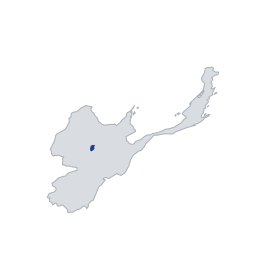 Ban Khwao, Chaiyaphum, Thailand (highlighted), rotated 236°
{"feature_id": "78962969B12995220204726", "entity_name": "Ban Khwao", "entity_type": "district", "adm_level": 2, "iso_a3": "THA", "parent_name": "Thailand", "parent_adm1": "Chaiyaphum", "projection": "equal_earth", "projection_center": [101.855, 15.816], "detail": "fine", "context": "in_parent", "style": "filled", "palette": "blue", "viewbox_px": 256, "rotation_deg": 236, "n_neighbors": 0, "source": "geoboundaries", "source_scale": "gbopen_adm2", "svg_char_len": 4738}
<svg xmlns="http://www.w3.org/2000/svg" viewBox="0 0 256 256"><g transform="rotate(236 128 128)"><path d="M113.3,23.2L113.5,24.2L114.3,22.9L115.4,22.2L117.5,25.2L117.7,26.4L116.2,31.1L116.4,32.7L117.4,34.0L118.6,34.8L119.8,34.5L122.2,33.2L124.8,34.1L124.6,37.2L125.5,42.2L124.2,47.2L123.0,49.7L123.9,52.0L124.0,54.0L121.5,61.9L122.0,62.6L123.6,63.4L124.2,63.2L126.9,60.0L129.8,57.6L130.7,55.6L132.5,54.9L134.1,53.0L137.9,56.2L138.9,56.5L139.4,57.1L139.6,58.4L140.1,58.6L141.6,56.8L144.2,55.6L145.2,52.9L146.4,52.1L146.3,50.7L146.7,50.2L148.8,50.1L152.0,51.5L153.1,51.8L153.7,51.5L158.8,60.3L162.1,63.7L162.9,66.0L162.2,71.9L162.3,75.3L163.0,77.9L164.4,79.7L165.5,82.3L169.3,84.7L169.0,85.4L169.2,87.0L171.6,88.8L171.8,89.5L171.6,91.9L170.5,93.7L170.3,95.2L170.3,97.0L170.9,99.8L170.2,105.6L168.7,107.2L166.9,108.4L165.9,109.9L165.1,109.6L164.8,108.0L162.7,107.1L158.8,107.9L156.9,107.5L154.2,108.1L151.7,107.8L150.2,107.2L145.9,108.4L144.1,109.6L142.8,111.3L140.9,115.5L138.9,118.1L138.9,119.2L136.5,119.8L136.6,123.5L138.0,127.4L138.4,132.4L141.2,135.9L140.7,138.3L141.0,140.7L143.1,146.3L141.6,143.6L141.3,141.8L139.5,139.1L138.9,140.4L136.8,138.4L135.9,136.3L135.5,137.2L133.4,134.3L131.3,132.8L130.1,132.1L127.1,133.1L123.3,132.3L121.9,133.1L121.3,132.6L120.9,131.7L122.0,121.4L118.7,120.1L118.1,119.4L117.4,120.2L114.2,120.6L111.9,122.5L111.6,124.1L112.6,126.9L111.3,132.1L111.7,136.9L111.5,139.6L109.9,142.9L109.5,145.6L107.6,149.8L106.4,155.0L106.1,158.1L103.9,162.7L103.4,165.3L102.6,166.3L102.9,168.4L102.5,174.8L103.9,179.4L103.5,181.6L105.0,182.3L108.6,180.9L109.8,181.2L110.5,183.8L111.4,191.4L112.9,193.7L113.3,192.6L114.0,193.8L114.5,196.0L116.4,208.0L117.4,211.2L116.2,210.4L115.6,206.6L114.6,206.5L114.9,204.1L114.3,203.2L113.2,203.9L113.2,205.8L116.1,211.7L117.8,211.9L120.1,214.5L122.5,216.5L125.6,215.8L127.7,216.4L128.9,218.0L130.9,222.1L134.2,225.5L133.7,227.6L132.4,229.3L131.7,231.6L130.8,232.2L129.6,232.2L128.3,230.4L125.1,232.1L124.3,233.8L123.5,234.3L122.1,232.4L122.2,231.3L123.1,229.7L122.9,225.5L120.9,225.4L119.6,222.3L119.2,222.0L118.3,222.5L115.2,221.0L114.3,219.1L113.4,219.2L112.8,222.6L110.1,218.1L108.2,216.3L108.5,212.9L107.2,212.2L106.7,211.3L107.2,209.3L105.4,209.6L104.6,209.1L103.6,205.5L102.7,204.0L101.6,204.0L101.2,203.3L101.3,201.6L98.5,199.1L97.5,196.2L96.2,194.9L95.4,195.3L94.5,197.4L93.8,197.2L93.3,196.7L92.5,193.8L92.6,188.8L93.5,185.9L94.0,181.2L95.3,177.3L98.1,165.9L98.2,161.4L102.9,154.9L106.0,147.6L107.0,146.5L107.5,145.2L105.9,139.3L105.2,135.2L105.3,134.1L103.3,131.3L102.8,128.2L102.3,127.2L102.1,126.1L102.9,124.2L102.5,117.3L100.3,112.5L96.5,108.0L93.0,101.5L92.6,99.2L92.5,95.9L95.3,93.7L96.4,93.6L96.8,83.8L99.2,82.0L99.8,81.2L100.0,79.5L99.4,78.6L97.9,80.2L97.6,79.8L95.7,74.1L95.3,70.6L87.6,58.9L88.0,56.9L86.9,51.9L85.7,51.8L85.0,50.9L84.2,48.7L85.7,49.0L88.1,47.7L87.7,42.8L88.8,40.0L89.0,35.3L90.8,32.6L91.1,31.2L92.1,31.0L93.4,32.1L94.8,32.1L100.6,30.9L101.3,29.6L101.7,27.1L102.3,26.3L103.6,26.1L105.0,26.6L106.6,25.6L106.3,22.6L109.1,23.1L110.9,21.7L113.3,23.2ZM94.6,198.7L94.2,202.4L93.1,203.2L92.8,201.0L93.4,197.5L93.7,198.3L94.6,198.7ZM112.3,176.9L112.1,178.7L111.2,179.3L110.9,177.3L112.3,176.9ZM136.5,140.0L137.7,142.5L136.3,142.3L136.1,139.8L136.5,140.0ZM107.8,221.4L107.2,220.3L107.8,218.6L108.3,220.7L107.8,221.4ZM96.5,199.1L96.2,201.1L95.7,198.4L96.5,199.1ZM112.4,175.3L111.8,175.1L111.4,173.9L112.0,173.9L112.4,175.3ZM101.2,205.2L101.8,207.6L101.1,206.5L101.2,205.2ZM139.6,146.7L139.4,148.2L138.8,147.6L139.2,146.5L139.6,146.7ZM93.4,184.3L92.7,184.8L93.3,183.4L93.4,184.3Z" fill="#d9dde1" stroke="#a8b0b8" stroke-width="1"/><path d="M130.4,84.9L130.1,84.9L129.9,85.0L129.8,85.3L129.9,85.5L130.0,85.7L130.0,85.8L129.9,85.9L129.9,86.0L130.0,86.0L129.9,86.1L130.0,86.2L130.0,86.3L130.0,86.5L130.3,86.6L130.2,86.6L130.2,86.8L130.3,86.8L130.3,86.7L130.3,86.8L130.2,86.9L130.3,86.9L130.3,87.0L130.4,87.3L130.5,87.3L130.5,87.5L130.6,87.4L130.8,87.4L130.8,87.5L130.9,87.8L131.0,87.8L131.0,87.7L131.1,87.8L131.1,88.0L131.1,88.3L131.3,88.4L131.5,88.3L131.4,88.4L131.4,88.5L131.5,88.5L131.7,88.8L131.7,88.7L131.8,88.8L132.0,89.0L131.9,89.0L132.0,89.0L132.1,89.3L132.3,89.4L132.3,89.5L132.3,89.4L132.5,89.3L132.5,89.2L132.5,89.3L132.6,89.2L132.8,89.1L132.9,88.9L133.0,88.9L133.0,88.7L132.9,88.8L132.8,88.6L132.8,88.4L132.7,88.4L132.4,88.2L132.4,87.9L132.5,87.8L132.4,87.8L132.4,87.7L132.5,87.7L132.4,87.6L132.5,87.5L132.4,87.5L132.5,87.4L132.5,87.2L132.4,87.2L132.3,86.9L132.3,86.7L132.2,86.7L132.1,86.4L132.0,86.5L131.9,86.5L131.9,86.4L131.8,86.2L131.8,86.3L131.8,86.2L131.7,86.2L131.6,85.9L131.5,85.7L131.4,85.7L131.3,85.4L131.2,85.4L131.0,85.5L130.9,85.5L130.8,85.4L130.7,85.3L130.7,85.2L130.4,84.9Z" fill="#3b82f6" stroke="#1e3a8a" stroke-width="1.5"/></g></svg>